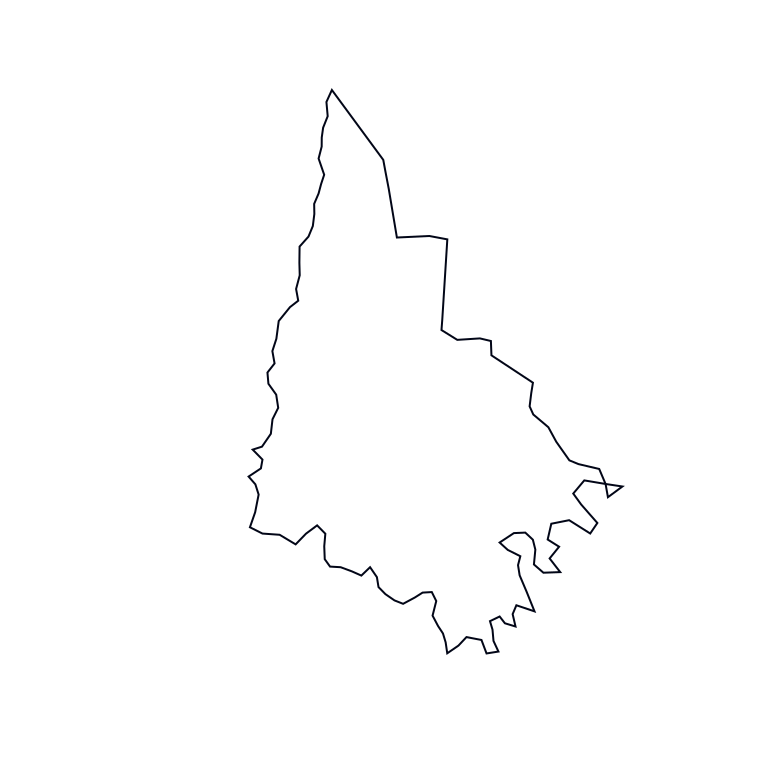 Santa Cecília do Pavão, Paraná, Brazil (Mercator projection), rotated 247°
{"feature_id": "56859067B22912882563393", "entity_name": "Santa Cecília do Pavão", "entity_type": "district", "adm_level": 2, "iso_a3": "BRA", "parent_name": "Brazil", "parent_adm1": "Paraná", "projection": "mercator", "projection_center": [-50.812, -23.543], "detail": "fine", "context": "isolated", "style": "outline", "palette": "ink", "viewbox_px": 768, "rotation_deg": 247, "n_neighbors": 0, "source": "geoboundaries", "source_scale": "gbopen_adm2", "svg_char_len": 1748}
<svg xmlns="http://www.w3.org/2000/svg" viewBox="0 0 768 768"><g transform="rotate(247 384 384)"><path d="M93.0,384.8L104.7,384.4L115.5,387.9L124.3,388.9L124.8,399.6L116.5,401.8L109.4,410.3L121.9,412.5L128.6,419.4L115.9,433.7L136.8,434.1L154.9,434.1L164.9,436.6L172.2,442.2L182.9,433.1L192.9,428.5L196.0,445.3L192.0,456.0L182.5,460.2L172.4,458.6L159.3,451.5L148.0,457.0L142.0,472.7L158.7,468.3L165.8,481.6L176.9,473.9L190.0,483.4L186.3,501.2L165.8,515.4L172.7,526.1L184.5,522.2L196.1,518.4L209.2,515.4L217.0,530.7L205.4,548.9L221.7,548.9L234.3,531.7L241.3,524.8L263.5,520.0L280.0,518.4L297.6,509.5L306.5,509.3L318.1,516.0L327.0,521.6L368.4,494.1L381.8,499.2L388.5,490.1L396.0,468.7L411.2,458.0L420.5,462.8L492.4,498.8L502.5,483.6L513.8,453.1L561.7,464.6L578.9,468.3L590.6,470.9L675.0,450.9L666.1,441.2L652.5,436.8L643.7,428.1L635.2,423.0L626.9,419.4L617.1,411.9L600.0,410.7L592.6,404.2L584.9,398.2L577.1,390.1L567.7,386.3L557.2,380.2L549.2,372.1L543.5,360.0L528.7,353.5L517.0,348.9L505.8,340.2L494.2,337.6L491.5,327.5L483.1,311.7L467.7,302.6L457.9,294.1L445.7,291.3L440.1,281.2L429.4,277.7L416.3,280.6L403.4,277.3L395.1,267.6L382.4,260.4L374.0,247.2L374.9,237.5L361.9,242.6L354.4,237.7L351.7,223.2L341.9,226.4L331.2,225.4L323.7,220.3L316.3,215.3L304.5,204.6L293.8,213.7L286.0,229.0L270.9,240.0L276.7,253.7L280.0,267.2L269.1,271.5L258.0,265.6L245.9,261.0L237.0,263.0L232.3,272.5L224.1,281.2L216.5,288.3L220.8,299.6L209.0,302.0L199.2,299.6L190.0,303.2L180.7,309.1L174.2,315.7L175.4,328.9L176.9,338.0L173.8,346.7L163.8,347.3L151.8,338.2L140.1,339.2L131.3,340.8L122.1,339.8L111.4,337.0L114.1,350.3L118.8,361.0L110.3,373.7L95.9,373.1L93.0,384.8ZM205.4,548.9L192.3,545.9L196.5,563.4L205.4,548.9Z" fill="none" stroke="#020617" stroke-width="2"/></g></svg>